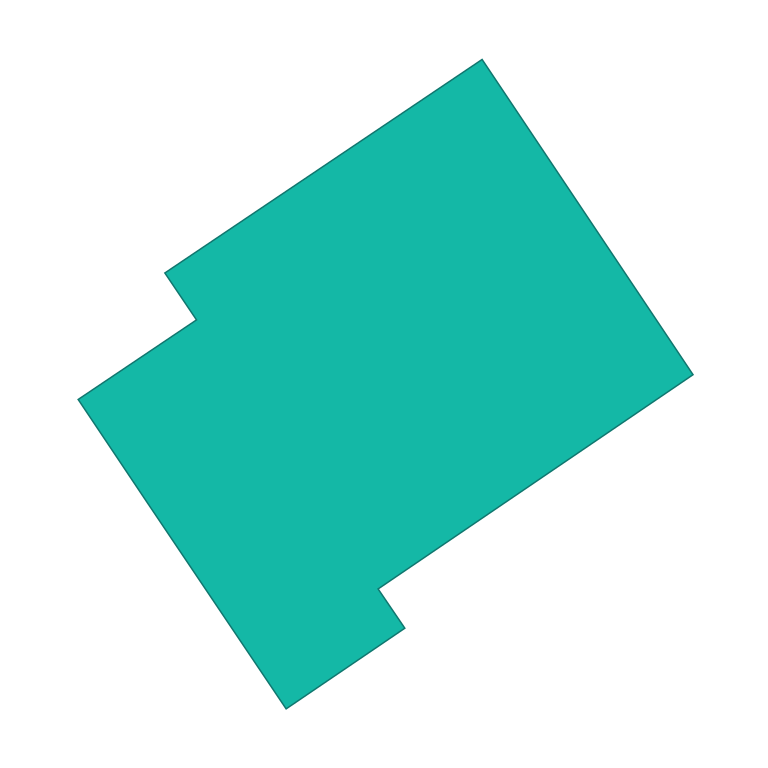 Audubon, Iowa, United States of America (Albers equal-area conic projection), rotated 56°
{"feature_id": "52423323B14166317178885", "entity_name": "Audubon", "entity_type": "district", "adm_level": 2, "iso_a3": "USA", "parent_name": "United States of America", "parent_adm1": "Iowa", "projection": "albers", "projection_center": [-94.918, 41.684], "detail": "fine", "context": "isolated", "style": "filled", "palette": "teal", "viewbox_px": 768, "rotation_deg": 56, "n_neighbors": 0, "source": "geoboundaries", "source_scale": "gbopen_adm2", "svg_char_len": 290}
<svg xmlns="http://www.w3.org/2000/svg" viewBox="0 0 768 768"><g transform="rotate(56 384 384)"><path d="M169.8,121.2L169.4,503.6L226.0,503.6L225.8,646.2L351.2,646.6L598.6,646.8L598.1,503.3L550.6,503.5L549.1,122.6L169.8,121.2Z" fill="#14b8a6" stroke="#0f766e" stroke-width="1.5"/></g></svg>